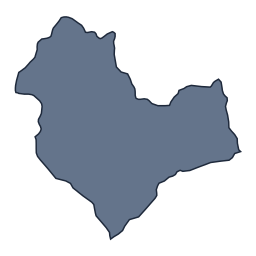 outline of Bossemtélé, Ouham-Pendé, Central African Republic
{"feature_id": "33826404B76356244638876", "entity_name": "Bossemtélé", "entity_type": "district", "adm_level": 2, "iso_a3": "CAF", "parent_name": "Central African Republic", "parent_adm1": "Ouham-Pendé", "projection": "albers", "projection_center": [16.537, 5.936], "detail": "fine", "context": "isolated", "style": "filled", "palette": "slate", "viewbox_px": 256, "rotation_deg": 0, "n_neighbors": 0, "source": "geoboundaries", "source_scale": "gbopen_adm2", "svg_char_len": 2166}
<svg xmlns="http://www.w3.org/2000/svg" viewBox="0 0 256 256"><path d="M110.6,239.1L113.9,236.7L118.4,234.0L122.6,230.5L124.7,226.2L129.4,219.6L138.6,216.9L145.1,209.7L155.2,198.1L156.8,195.4L156.7,193.0L156.3,189.7L157.6,185.8L159.0,183.2L164.4,181.0L169.1,177.1L172.7,176.1L175.4,174.5L177.0,171.8L180.1,170.3L182.8,171.3L189.8,170.5L197.7,167.4L210.7,162.5L221.0,161.1L229.1,160.2L232.4,157.6L234.7,153.5L240.6,151.6L238.7,149.7L237.4,143.3L237.2,138.6L234.7,134.6L231.4,131.0L228.9,127.7L228.7,121.9L227.6,115.1L226.2,110.0L225.5,106.4L226.5,102.7L227.3,100.7L227.1,97.8L225.1,96.0L223.5,94.0L222.4,90.6L222.0,87.5L221.1,82.1L218.5,79.2L215.1,81.2L213.5,82.5L211.3,86.1L210.2,87.1L201.6,86.6L191.3,85.4L186.6,86.7L184.0,88.5L179.0,90.4L178.1,93.6L174.2,97.1L170.9,101.9L169.5,105.4L165.0,105.7L157.9,105.7L152.0,103.6L150.9,102.6L149.1,100.7L147.3,99.3L144.2,98.8L140.3,99.3L138.3,99.3L136.2,98.4L135.8,97.7L135.2,95.3L135.2,93.1L135.1,90.9L134.8,88.8L133.9,86.9L131.8,83.9L130.3,79.3L127.6,73.9L121.1,72.0L116.4,67.0L114.2,54.5L114.4,50.0L114.6,48.2L114.1,45.4L113.7,43.6L113.6,41.1L114.6,38.7L115.1,36.5L115.1,34.7L115.1,33.5L113.6,32.2L112.3,31.7L107.2,34.0L104.2,36.4L101.7,38.2L100.1,38.6L98.9,38.0L96.9,36.4L96.0,33.8L94.6,32.2L91.6,31.7L87.6,32.5L85.5,32.3L83.6,28.2L81.6,25.3L78.0,22.9L75.8,21.3L72.9,19.2L72.0,18.6L68.5,17.3L66.2,16.9L63.7,17.0L61.2,17.7L59.3,20.7L57.7,22.8L55.9,25.0L53.4,28.0L52.7,29.6L52.2,31.5L51.6,34.0L51.0,36.1L49.6,37.3L47.1,38.2L43.6,38.8L41.8,39.0L40.1,40.5L38.2,42.1L37.4,43.9L37.1,46.9L37.2,49.6L34.9,57.3L33.4,59.1L30.1,62.2L28.8,63.8L25.2,67.8L19.9,71.7L18.8,72.4L16.6,80.3L15.6,85.5L15.4,87.9L15.4,90.5L15.9,92.5L17.9,92.9L18.7,93.4L24.2,94.1L25.6,94.1L28.4,94.1L32.0,94.7L33.9,95.6L39.7,100.8L41.6,103.7L42.1,106.4L41.4,113.4L40.1,116.4L38.5,119.3L38.3,121.7L39.3,124.4L40.4,126.3L41.2,129.0L40.4,131.4L38.6,133.9L35.1,136.8L36.1,139.6L36.2,143.5L36.2,148.6L36.3,152.9L37.6,156.4L40.4,160.0L47.6,168.3L55.9,178.4L65.7,180.9L70.5,183.4L73.0,187.9L82.9,195.8L91.8,202.2L93.8,204.5L94.6,209.0L95.4,213.1L96.1,215.8L106.1,227.5L109.5,232.4L109.8,235.6L110.6,239.1Z" fill="#64748b" stroke="#1e293b" stroke-width="1.5"/></svg>